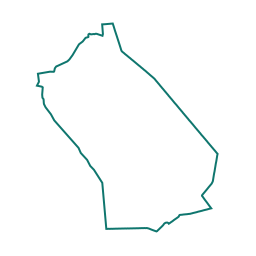 SVG path tracing the border of Agadez, rotated 85°
{"feature_id": "NER-800", "entity_name": "Agadez", "entity_type": "Department", "adm_level": 1, "iso_a3": "NER", "parent_name": "Niger", "parent_adm1": "", "projection": "natural_earth1", "projection_center": [10.912, 19.426], "detail": "fine", "context": "isolated", "style": "outline", "palette": "teal", "viewbox_px": 256, "rotation_deg": 85, "n_neighbors": 0, "source": "natural_earth", "source_scale": "10m", "svg_char_len": 3796}
<svg xmlns="http://www.w3.org/2000/svg" viewBox="0 0 256 256"><g transform="rotate(85 128 128)"><path d="M161.6,41.0L163.1,41.5L164.7,41.9L166.3,42.3L167.9,42.7L169.4,43.1L171.0,43.6L172.6,44.0L174.2,44.4L175.7,44.8L177.3,45.2L178.9,45.6L180.5,46.1L182.0,46.5L183.6,46.9L185.2,47.3L186.8,47.7L188.6,48.2L190.7,49.5L191.7,50.5L193.9,52.7L196.2,54.9L198.4,57.1L200.6,59.3L201.5,60.1L202.0,60.2L203.1,59.5L206.2,57.7L209.2,55.8L212.2,54.0L215.3,52.1L215.5,53.5L215.7,54.8L216.0,56.1L216.2,57.5L216.4,58.8L216.6,60.1L216.9,61.5L217.1,62.8L217.3,64.1L217.5,65.5L217.8,66.8L218.0,68.1L218.2,69.5L218.4,70.8L218.6,71.7L218.7,72.6L218.9,73.5L218.9,73.9L218.9,75.0L219.0,76.6L219.0,78.4L219.0,80.2L219.1,81.7L219.1,82.8L219.1,83.3L219.1,83.8L219.2,84.2L219.5,84.5L220.3,85.0L220.7,85.2L221.3,86.1L221.7,86.8L222.0,87.3L222.3,87.8L222.6,88.4L222.9,88.9L223.2,89.4L223.5,89.9L223.8,90.5L224.2,91.0L224.5,91.5L224.8,92.0L225.1,92.5L225.4,93.1L225.7,93.6L226.0,94.1L226.3,94.6L226.6,95.1L226.9,95.7L226.2,96.1L225.7,96.9L225.6,97.9L225.7,98.9L226.0,99.4L226.2,99.9L226.5,100.3L228.0,101.6L228.5,102.2L229.6,103.5L230.6,104.8L231.7,106.1L232.7,107.4L233.2,107.9L233.4,108.4L233.5,108.7L233.3,109.1L233.0,109.8L232.3,111.3L231.6,112.8L230.9,114.2L230.1,115.7L229.9,116.2L229.3,117.9L229.3,118.8L229.2,119.8L229.1,120.7L229.1,121.7L229.0,122.7L228.9,123.7L228.9,124.6L228.8,125.6L228.8,126.6L228.7,127.5L228.6,128.5L228.6,129.5L228.5,130.4L228.4,131.4L228.4,132.4L228.3,133.3L228.2,134.3L228.2,135.3L228.1,136.3L228.0,137.2L228.0,138.2L227.9,139.2L227.8,140.1L227.8,141.1L227.7,142.1L227.6,143.0L227.6,144.0L227.5,145.0L227.4,146.0L227.4,146.9L227.3,147.9L227.2,148.9L227.2,149.8L227.1,150.8L227.1,151.8L227.0,152.7L226.9,153.7L226.9,154.7L226.8,155.6L226.7,156.6L226.7,157.6L226.6,158.4L226.4,158.4L180.4,158.4L166.6,165.6L163.0,168.5L162.7,168.8L162.3,169.0L156.2,171.5L148.8,177.2L143.5,179.0L114.0,200.8L107.6,203.6L100.2,208.3L96.9,209.6L95.8,209.7L92.5,209.6L92.2,209.7L91.8,209.7L90.4,210.6L87.3,210.6L80.1,209.4L79.3,210.3L77.9,215.0L74.2,212.7L73.3,212.7L66.1,213.0L65.1,200.8L65.5,197.4L65.5,197.1L65.4,196.8L65.1,196.6L62.3,195.7L62.2,195.7L60.7,194.4L60.5,194.2L60.2,193.5L60.2,193.3L56.3,182.5L56.2,182.4L54.6,180.4L50.6,176.9L41.0,170.0L40.6,169.7L40.2,169.3L37.9,165.6L34.8,162.7L34.5,162.4L34.4,162.1L34.0,159.9L33.9,159.6L33.7,159.5L31.8,159.4L31.5,159.3L31.2,159.1L31.0,158.7L30.9,158.5L30.9,158.3L30.8,158.2L30.9,157.9L31.0,157.7L31.5,156.7L31.5,156.4L31.4,153.9L31.5,153.4L31.6,153.2L31.5,152.7L31.4,152.4L31.3,151.9L31.3,151.7L31.4,151.4L31.5,150.9L33.9,145.4L32.2,144.8L22.8,144.7L22.5,144.7L22.6,142.0L22.6,139.4L22.6,136.7L22.6,134.1L26.0,133.3L29.4,132.6L32.8,131.8L36.2,131.0L38.0,130.6L41.9,129.7L45.9,128.8L47.7,128.4L50.0,127.9L50.8,127.6L51.6,127.0L53.0,125.5L54.2,124.4L55.3,123.2L56.4,122.1L57.6,120.9L58.7,119.7L59.9,118.6L61.0,117.4L62.1,116.3L63.3,115.1L64.4,114.0L65.6,112.8L66.7,111.7L67.8,110.5L69.0,109.4L70.1,108.2L71.3,107.1L72.3,106.0L73.0,105.3L74.4,104.0L75.7,102.7L77.0,101.5L78.2,100.3L79.5,99.0L81.3,97.3L83.7,95.7L84.9,94.8L86.1,94.0L87.3,93.1L88.6,92.3L89.8,91.4L91.0,90.6L92.2,89.7L93.5,88.8L94.7,88.0L95.9,87.1L97.1,86.3L98.3,85.4L99.6,84.6L100.8,83.7L102.0,82.9L103.2,82.0L104.4,81.2L105.7,80.3L106.9,79.5L108.1,78.6L109.3,77.7L110.5,76.9L111.8,76.0L113.0,75.2L114.2,74.3L115.4,73.5L116.6,72.6L117.9,71.8L119.1,70.9L120.3,70.1L121.5,69.2L122.7,68.4L123.9,67.5L125.2,66.7L126.4,65.8L127.6,64.9L128.8,64.1L130.0,63.2L131.2,62.4L132.5,61.5L133.7,60.7L134.9,59.8L136.1,59.0L137.3,58.1L138.5,57.3L139.7,56.4L141.0,55.6L142.2,54.7L143.4,53.8L144.6,53.0L145.8,52.1L147.0,51.3L148.2,50.4L149.5,49.6L150.7,48.7L151.9,47.9L153.1,47.0L154.3,46.2L155.5,45.3L156.7,44.5L157.9,43.6L159.2,42.7L160.4,41.9L161.6,41.0Z" fill="none" stroke="#0f766e" stroke-width="2"/></g></svg>